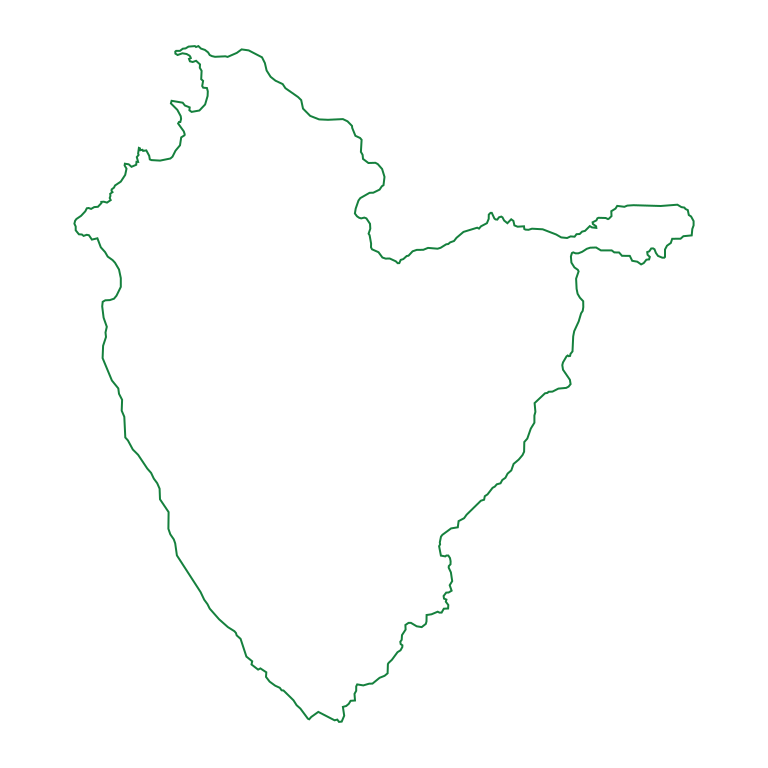 outline of Santa Cruz, Guanacaste, Costa Rica
{"feature_id": "36466004B7119067190129", "entity_name": "Santa Cruz", "entity_type": "district", "adm_level": 2, "iso_a3": "CRI", "parent_name": "Costa Rica", "parent_adm1": "Guanacaste", "projection": "orthographic", "projection_center": [-85.683, 10.236], "detail": "fine", "context": "isolated", "style": "outline", "palette": "green", "viewbox_px": 768, "rotation_deg": 0, "n_neighbors": 0, "source": "geoboundaries", "source_scale": "gbopen_adm2", "svg_char_len": 6059}
<svg xmlns="http://www.w3.org/2000/svg" viewBox="0 0 768 768"><path d="M687.8,210.1L685.5,209.0L684.4,207.6L681.4,207.1L677.4,204.7L660.7,206.0L633.5,205.2L627.3,205.6L624.4,206.8L617.2,205.9L615.5,208.6L611.3,211.2L611.5,216.1L609.0,218.6L608.0,219.1L605.7,218.0L598.5,217.8L597.4,218.3L596.4,220.4L592.6,222.3L592.9,224.0L596.1,226.3L596.3,227.9L591.9,227.4L589.8,226.1L585.0,230.9L582.1,231.6L579.7,234.0L576.5,234.2L574.6,236.7L570.6,236.4L567.1,238.0L561.2,237.4L556.2,234.5L542.7,229.3L532.0,228.7L528.5,229.8L525.4,229.6L524.3,229.0L524.0,226.3L517.6,226.7L514.4,225.4L513.4,220.9L511.2,219.3L507.4,223.2L504.1,220.5L502.5,217.4L501.3,216.6L499.0,217.3L497.3,219.6L495.5,219.4L494.4,218.5L491.8,212.9L490.5,212.9L488.8,214.6L488.7,218.9L486.9,223.2L481.0,226.3L479.0,228.6L477.2,227.7L463.5,231.9L456.5,237.8L454.0,241.0L450.1,242.4L448.3,244.0L446.2,244.3L440.6,247.8L437.6,248.7L428.0,247.9L423.3,249.8L416.7,249.9L412.6,251.3L408.5,255.7L406.7,256.0L403.3,259.1L400.7,259.9L399.3,263.1L397.7,263.2L395.8,261.3L389.7,258.5L385.6,258.6L382.4,257.5L378.5,252.2L372.0,249.3L371.0,247.3L371.1,243.6L369.6,235.2L368.6,233.7L370.3,228.7L370.0,223.8L366.4,218.4L364.3,217.6L361.2,218.4L359.2,217.8L357.0,216.3L354.9,213.5L355.7,208.6L358.5,200.5L360.3,198.1L369.6,192.8L373.3,192.7L379.6,189.6L381.8,186.3L383.5,185.2L384.5,176.9L382.1,169.0L377.8,164.1L375.4,162.8L368.4,163.0L363.0,158.9L362.6,154.8L360.9,151.9L361.6,139.8L360.1,138.0L355.4,135.8L352.2,127.9L352.0,125.9L347.5,121.3L342.9,119.1L328.0,119.8L319.1,119.4L310.2,115.9L303.0,108.6L301.2,100.1L298.0,97.0L285.4,88.2L282.7,84.1L275.5,80.7L270.6,76.8L266.6,70.5L264.9,63.1L262.0,57.3L248.7,50.4L241.6,49.4L236.8,52.9L227.6,56.9L225.4,56.3L215.0,56.8L211.9,56.1L209.7,55.0L208.1,52.4L204.9,49.9L201.0,48.6L198.4,46.1L196.0,47.0L194.9,46.1L188.5,46.6L185.6,48.4L182.8,48.7L179.9,50.9L176.1,50.9L175.3,51.6L175.4,53.6L177.6,55.0L182.4,53.3L186.6,54.0L189.6,55.7L190.5,57.1L190.8,58.1L189.0,58.9L189.9,61.3L192.7,62.0L196.1,60.8L200.0,64.4L199.8,67.8L201.6,70.8L201.2,79.2L203.1,80.9L202.2,86.0L203.2,87.7L206.9,88.0L207.8,91.3L207.6,96.0L205.1,104.5L199.4,110.5L191.6,111.9L189.4,110.3L189.7,107.4L184.9,105.5L182.7,102.7L171.6,100.8L170.9,103.4L177.3,109.8L180.7,116.1L181.1,118.9L180.3,122.0L179.0,122.0L178.1,123.5L183.8,131.4L184.7,134.3L184.5,135.3L181.2,137.4L180.0,145.3L175.5,150.7L172.5,156.7L170.4,158.5L160.1,160.6L151.5,160.1L149.8,159.4L149.2,155.8L146.3,150.4L143.1,150.9L142.5,149.8L140.4,150.2L139.9,148.3L138.9,147.9L138.1,153.6L138.6,154.9L136.8,157.1L138.1,161.9L136.5,161.8L136.2,164.8L131.5,166.8L128.7,164.3L124.9,163.7L124.6,165.4L126.5,168.7L125.2,174.9L120.8,181.6L115.0,185.5L114.0,187.6L111.7,189.4L111.5,190.8L112.5,192.1L110.2,193.8L110.4,196.0L109.7,198.0L110.7,200.1L107.0,202.6L103.8,201.7L101.3,201.9L101.4,203.1L97.9,206.8L94.2,207.1L91.1,208.9L88.6,208.0L86.8,208.3L85.3,211.3L81.1,215.8L76.4,219.0L75.1,220.8L74.4,223.7L75.7,226.5L75.7,230.3L78.9,234.3L81.9,234.5L83.6,235.9L86.7,234.8L88.9,235.2L91.9,239.6L97.4,238.3L100.8,247.3L105.1,252.1L107.7,256.6L112.6,260.1L115.0,262.7L119.0,269.5L120.8,278.1L120.8,286.9L116.5,295.7L114.0,298.7L109.8,300.1L105.3,300.3L102.7,301.8L102.2,306.4L103.6,317.7L106.8,326.8L105.5,332.5L106.0,337.0L103.1,345.8L102.6,358.1L111.9,380.5L118.3,388.4L119.0,393.8L122.1,399.8L121.7,410.7L124.3,416.8L125.3,437.5L127.9,440.4L132.8,449.5L138.1,454.8L147.3,468.6L151.1,472.9L153.8,478.6L157.2,483.2L159.6,488.7L160.0,499.3L168.6,512.1L168.4,528.8L170.3,534.3L173.8,539.4L175.2,543.4L176.9,555.4L200.6,592.1L204.2,599.7L207.5,604.2L209.7,608.6L219.1,619.3L227.9,627.1L234.4,631.2L235.9,632.9L236.7,635.4L240.6,638.9L246.4,656.6L252.2,661.3L251.5,664.5L258.1,669.6L260.4,668.4L266.3,672.3L266.0,676.9L269.6,681.6L275.2,685.7L279.8,687.8L281.6,690.3L283.5,690.5L293.5,700.3L296.6,705.2L300.4,708.6L307.9,718.7L309.2,719.3L311.2,717.0L318.3,711.9L334.6,720.3L337.3,719.6L339.0,721.9L341.7,721.6L344.2,715.7L342.9,706.9L346.2,706.0L348.8,703.8L350.6,700.8L355.0,700.5L354.5,693.9L356.2,690.8L356.2,686.4L357.2,684.4L363.3,685.4L369.1,683.7L372.5,683.6L379.6,677.8L384.6,675.8L387.6,673.3L387.9,664.1L388.6,662.9L391.9,659.8L397.5,652.2L400.5,650.3L402.3,647.1L402.4,645.3L400.7,644.1L400.3,641.8L401.7,639.8L402.0,635.1L405.6,629.6L405.4,625.0L408.5,622.9L411.0,622.9L416.7,626.3L421.7,627.1L425.8,623.9L426.5,621.4L426.6,615.0L431.5,614.3L437.7,611.7L439.4,612.6L441.6,612.6L443.8,608.7L448.1,608.5L448.3,605.0L445.8,601.7L446.4,599.6L444.0,598.6L443.6,596.0L446.2,592.6L448.6,592.5L451.6,590.7L449.7,585.2L452.2,581.1L450.9,572.4L448.7,567.7L448.8,566.1L450.5,564.3L450.6,561.3L450.0,558.1L448.3,555.5L446.4,555.5L445.3,556.4L440.9,555.6L439.1,546.2L440.1,544.4L439.8,542.4L441.0,536.6L442.4,534.8L451.1,528.4L457.8,527.3L458.6,521.1L464.1,518.2L466.6,514.7L480.9,500.7L484.1,499.7L484.8,496.2L487.5,494.4L492.6,487.8L494.8,486.6L496.8,484.3L500.5,483.3L502.3,480.0L505.4,477.8L507.6,473.6L511.3,470.4L513.6,463.9L518.7,459.6L522.5,455.1L524.1,451.7L524.3,442.0L527.3,438.6L530.8,428.6L534.4,422.7L534.4,415.5L535.4,411.9L534.6,403.1L545.0,393.3L547.5,392.9L548.5,391.8L552.5,391.6L558.4,388.6L566.2,387.9L568.6,386.6L570.6,384.1L569.9,379.8L563.0,369.7L562.3,365.1L563.0,362.4L566.5,356.4L567.7,355.5L568.7,356.2L570.1,355.9L570.5,353.9L572.5,351.4L573.2,336.4L574.2,331.2L578.7,321.4L581.1,313.3L582.7,310.9L583.3,307.1L583.2,301.2L579.9,297.7L577.6,293.8L576.6,288.8L576.1,278.7L578.6,271.4L577.8,269.8L574.4,267.4L571.4,262.6L570.9,256.5L571.9,253.1L573.2,252.4L575.5,253.3L578.4,253.3L582.2,251.8L586.8,248.8L590.2,247.7L596.1,247.5L600.9,250.4L611.7,250.4L614.3,252.4L619.1,252.5L622.0,255.8L629.8,255.9L632.2,260.8L637.3,261.7L641.1,264.4L643.7,263.1L646.4,259.7L649.1,259.4L649.8,256.9L647.6,254.8L647.2,252.1L649.3,251.3L651.2,248.5L653.1,248.4L654.5,249.3L655.9,252.9L658.0,255.9L662.3,257.7L664.3,257.7L665.0,256.9L665.0,249.5L667.0,245.7L670.8,243.0L672.2,238.8L680.6,238.7L683.4,236.2L691.7,235.4L692.3,229.0L693.6,225.4L693.6,221.1L691.1,216.5L688.8,215.0L687.8,210.1Z" fill="none" stroke="#15803d" stroke-width="2"/></svg>